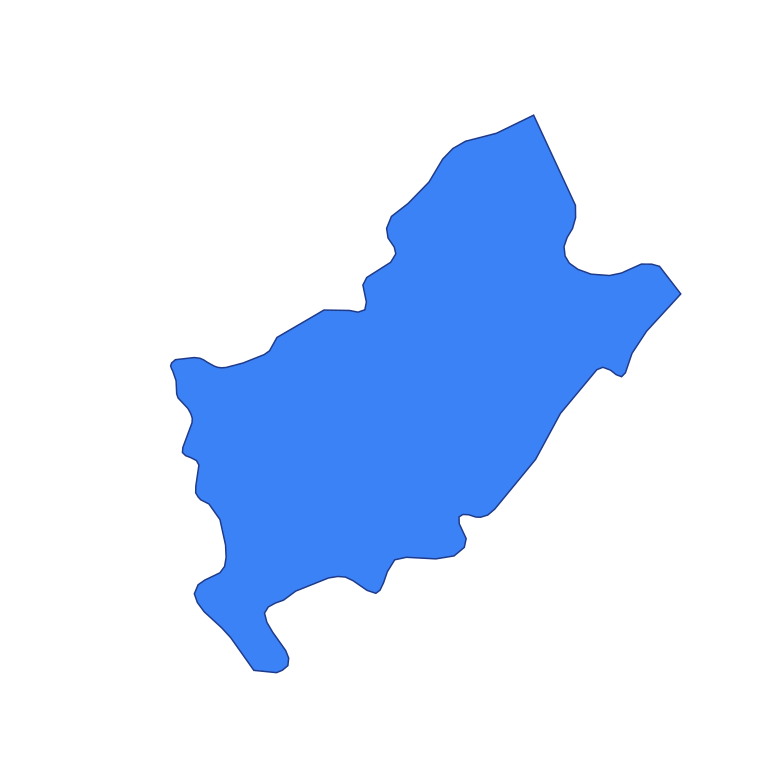 SVG path tracing the border of Tissemsilt, rotated 312°
{"feature_id": "DZA-2206", "entity_name": "Tissemsilt", "entity_type": "Province", "adm_level": 1, "iso_a3": "DZA", "parent_name": "Algeria", "parent_adm1": "", "projection": "equal_earth", "projection_center": [1.694, 35.775], "detail": "fine", "context": "isolated", "style": "filled", "palette": "blue", "viewbox_px": 768, "rotation_deg": 312, "n_neighbors": 0, "source": "natural_earth", "source_scale": "10m", "svg_char_len": 1725}
<svg xmlns="http://www.w3.org/2000/svg" viewBox="0 0 768 768"><g transform="rotate(312 384 384)"><path d="M347.0,273.3L398.8,289.9L415.6,309.2L420.0,316.6L426.3,320.1L433.1,316.1L443.4,302.1L451.6,299.9L478.9,307.5L488.6,305.7L492.6,300.0L495.2,289.3L501.4,281.8L513.5,277.4L534.2,281.1L564.2,282.3L590.4,277.1L605.1,277.6L618.9,282.1L645.6,299.8L683.9,315.3L644.9,406.7L635.8,415.1L625.6,420.1L615.6,422.0L606.6,425.8L600.3,432.9L597.8,440.9L599.0,451.5L604.2,464.4L615.5,479.0L625.2,486.1L645.3,495.0L652.2,502.8L655.8,510.0L649.5,544.3L598.9,543.8L572.7,547.8L553.9,555.9L548.4,555.7L546.3,550.3L545.8,542.9L542.9,535.5L537.1,532.6L480.2,534.8L429.4,547.1L365.2,550.0L356.1,548.8L349.6,544.9L346.5,541.2L343.5,534.4L339.8,529.9L335.4,528.7L330.5,533.4L324.1,548.5L316.3,553.0L303.1,551.1L288.7,539.5L270.2,516.6L260.5,509.6L246.7,512.1L235.9,516.7L228.1,519.0L223.0,518.0L219.3,509.5L217.1,492.5L214.7,484.5L210.0,478.4L202.8,472.6L171.1,457.0L156.3,454.0L148.2,449.7L140.9,447.2L133.8,448.5L128.5,456.5L125.1,467.2L120.1,489.4L116.5,496.6L110.4,501.0L103.3,500.0L97.6,497.3L84.1,478.9L92.9,439.9L94.2,426.6L94.4,402.8L96.7,391.6L101.2,383.4L110.4,380.2L118.3,382.0L133.9,388.4L141.8,387.6L149.6,382.6L158.3,374.0L173.5,352.8L177.7,334.2L175.3,325.3L175.7,321.5L177.1,316.9L182.3,312.4L199.9,300.7L201.6,295.8L200.0,289.7L198.0,284.5L198.2,280.1L202.2,277.0L226.7,267.3L230.2,264.5L232.7,260.2L234.6,254.7L235.8,240.4L237.9,236.6L247.3,227.3L252.4,218.1L253.0,216.4L253.6,215.2L254.7,213.3L257.5,212.1L262.5,212.7L276.6,225.2L280.0,230.0L281.3,234.1L281.9,238.1L283.6,245.6L284.9,248.9L287.1,252.2L290.5,255.5L305.3,265.2L325.7,275.3L332.1,276.7L347.0,273.3Z" fill="#3b82f6" stroke="#1e3a8a" stroke-width="1.5"/></g></svg>